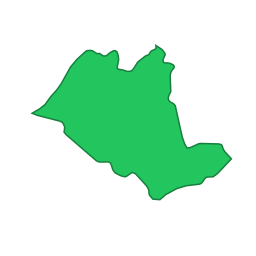 the border of Kotayk, rotated 147°
{"feature_id": "ARM-1673", "entity_name": "Kotayk", "entity_type": "Province", "adm_level": 1, "iso_a3": "ARM", "parent_name": "Armenia", "parent_adm1": "", "projection": "robinson", "projection_center": [44.631, 40.391], "detail": "fine", "context": "isolated", "style": "filled", "palette": "green", "viewbox_px": 256, "rotation_deg": 147, "n_neighbors": 0, "source": "natural_earth", "source_scale": "10m", "svg_char_len": 1709}
<svg xmlns="http://www.w3.org/2000/svg" viewBox="0 0 256 256"><g transform="rotate(147 128 128)"><path d="M140.3,50.5L145.9,54.8L146.6,60.2L145.9,61.8L144.4,64.7L144.0,67.1L144.0,69.7L146.5,84.8L147.5,87.0L148.7,88.3L150.2,88.5L155.5,88.3L156.7,88.5L158.1,89.6L159.8,91.5L162.2,95.4L163.3,97.9L163.5,100.4L163.2,102.3L162.2,105.8L161.8,107.9L162.2,109.2L163.0,110.3L169.9,114.6L171.8,116.6L172.6,118.5L183.5,156.0L183.9,159.3L181.8,161.7L180.5,163.5L180.0,166.7L180.1,168.5L181.0,170.4L196.9,187.7L200.4,192.6L191.7,192.2L184.6,192.9L175.6,196.4L167.1,198.7L160.4,201.3L142.9,210.5L133.4,213.4L121.8,215.3L120.2,215.1L117.4,213.7L115.8,212.2L113.5,207.2L111.3,206.1L109.5,201.9L108.0,200.9L106.5,200.4L101.9,201.0L98.0,200.7L96.4,199.6L95.8,198.0L96.2,196.1L96.8,194.1L97.6,192.3L98.4,190.8L99.1,189.8L102.9,186.0L103.8,184.9L104.5,183.6L104.2,182.9L103.1,181.6L101.1,179.9L97.7,175.8L95.5,174.5L93.7,174.0L91.1,174.7L84.5,177.7L83.1,178.1L74.0,178.9L71.1,178.2L70.4,178.2L69.8,178.5L68.3,179.4L67.6,179.6L66.3,179.8L65.0,179.7L62.7,179.3L61.9,179.4L61.3,179.6L60.9,180.0L60.5,180.4L60.3,180.7L59.7,182.0L56.7,175.4L56.4,172.2L56.4,170.2L57.0,169.1L59.9,167.3L61.2,166.4L62.2,164.9L62.3,163.7L61.8,162.6L59.1,160.8L57.6,159.4L55.8,156.6L55.6,154.8L56.4,153.5L58.0,152.9L59.7,152.4L61.7,151.3L63.8,149.4L72.4,135.1L75.9,133.1L78.0,131.2L78.7,129.2L78.5,127.3L76.6,123.5L76.2,121.0L87.5,90.7L89.2,83.4L89.4,79.1L87.8,78.2L86.2,77.6L77.4,76.3L75.4,75.4L60.4,65.1L58.8,63.2L58.7,62.0L59.7,58.1L59.7,55.5L58.1,45.8L77.5,41.1L83.2,40.7L87.1,43.1L89.3,44.0L91.1,43.7L95.7,41.8L97.4,41.7L98.9,42.1L110.5,47.8L120.0,50.6L131.1,51.5L133.5,51.5L140.3,50.5Z" fill="#22c55e" stroke="#15803d" stroke-width="1.5"/></g></svg>